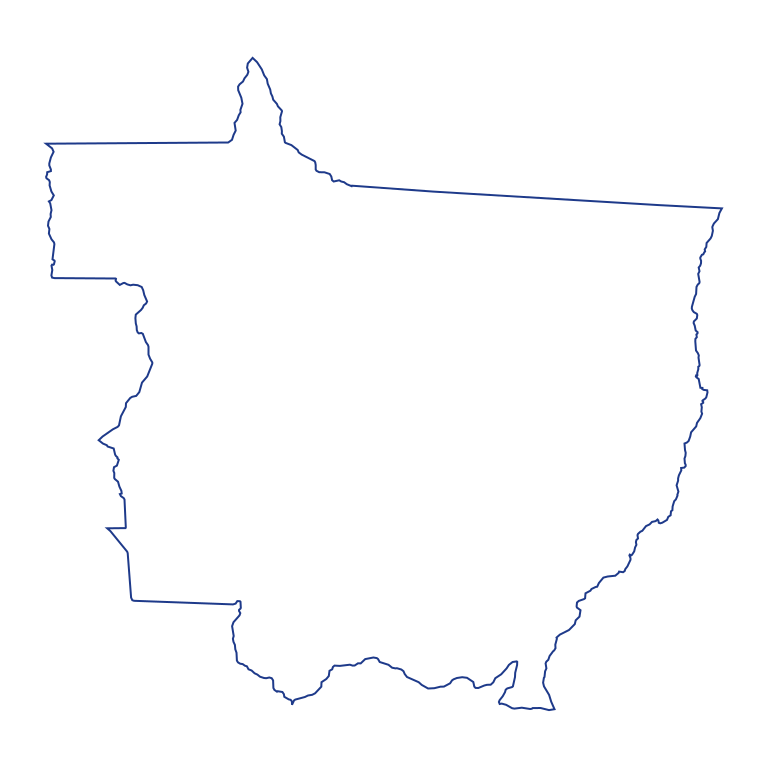 map outline of Mato Grosso (Mercator projection)
{"feature_id": "BRA-602", "entity_name": "Mato Grosso", "entity_type": "State", "adm_level": 1, "iso_a3": "BRA", "parent_name": "Brazil", "parent_adm1": "", "projection": "mercator", "projection_center": [-55.436, -12.685], "detail": "fine", "context": "isolated", "style": "outline", "palette": "blue", "viewbox_px": 768, "rotation_deg": 0, "n_neighbors": 0, "source": "natural_earth", "source_scale": "10m", "svg_char_len": 6064}
<svg xmlns="http://www.w3.org/2000/svg" viewBox="0 0 768 768"><path d="M233.0,604.4L134.1,600.8L132.3,600.2L131.1,597.6L127.7,553.2L127.2,551.7L110.4,531.1L107.2,528.3L125.5,528.1L125.8,527.3L124.5,499.5L123.7,498.1L120.9,496.1L119.9,494.1L121.7,493.5L121.4,490.9L119.4,486.6L118.0,481.7L114.8,479.0L114.2,477.9L114.3,473.0L113.4,470.8L114.0,467.2L116.9,465.6L118.8,459.8L117.4,458.4L117.5,457.4L115.8,455.8L115.1,454.5L113.7,448.5L107.6,446.5L106.8,445.2L103.0,443.6L98.7,440.2L102.6,436.5L112.9,429.3L117.6,426.9L119.0,425.4L120.9,416.3L125.8,407.0L126.0,403.2L130.2,398.0L132.1,396.8L136.2,395.9L139.3,392.1L142.0,382.6L147.2,376.5L152.3,363.7L152.3,362.4L150.1,358.7L148.5,354.6L148.5,346.8L148.0,345.1L145.9,342.1L142.8,333.8L141.3,333.0L138.9,333.4L137.7,332.4L136.8,330.1L136.6,326.4L135.8,323.4L135.4,318.1L135.8,314.6L141.0,310.0L142.7,307.8L143.8,305.3L146.1,303.5L147.1,301.5L144.3,295.0L143.2,290.3L141.7,287.0L137.7,285.2L133.1,284.7L130.5,285.3L127.3,284.4L124.6,282.9L123.4,283.0L119.8,284.9L116.1,281.5L115.6,280.7L116.0,278.8L115.6,278.5L54.5,278.1L52.1,277.6L51.4,275.4L52.3,270.0L51.5,265.6L52.1,264.6L53.4,264.8L53.9,264.4L54.7,261.3L54.5,260.6L52.5,259.3L54.4,244.1L54.0,242.4L51.5,239.3L48.9,233.6L49.4,229.0L48.0,225.7L48.5,221.5L50.8,217.0L50.6,214.0L51.5,210.2L50.2,203.3L48.9,201.4L51.4,200.1L53.8,195.4L51.4,191.5L49.6,185.4L49.8,182.1L49.4,180.9L49.0,180.1L46.5,178.3L46.1,176.9L47.1,174.4L47.2,172.2L50.9,171.1L50.9,169.5L49.3,165.4L49.3,163.4L50.9,157.4L53.6,151.8L52.1,148.4L46.1,143.7L228.2,142.5L232.0,139.8L233.6,134.8L235.7,130.6L234.5,122.9L237.1,119.9L238.8,115.2L240.6,112.3L240.4,109.9L242.5,103.8L241.3,97.7L238.2,90.2L238.1,86.6L239.6,84.3L243.0,81.5L244.5,78.3L247.3,74.8L248.4,71.8L247.1,67.7L247.8,63.5L252.6,57.9L257.1,62.2L261.8,69.4L264.2,75.4L266.9,79.1L267.7,83.7L270.2,89.5L270.9,93.4L272.4,96.5L273.2,99.7L276.9,103.9L277.9,106.3L281.8,110.5L282.0,111.3L280.3,117.2L280.4,121.1L279.6,124.3L281.3,127.1L281.9,131.1L281.8,133.7L283.9,136.7L284.9,142.3L285.6,142.9L291.4,145.1L297.7,150.0L298.7,152.4L301.7,154.6L314.5,161.1L315.2,162.3L315.7,165.0L315.7,169.5L316.5,170.8L319.2,172.2L324.5,172.3L329.7,174.0L331.3,176.5L332.1,180.2L333.7,181.5L339.2,180.3L341.2,181.5L344.1,182.2L346.8,184.2L351.7,186.2L352.0,185.7L433.4,191.6L658.8,205.1L721.9,208.4L719.4,213.0L717.9,219.1L713.9,223.5L712.7,226.0L712.3,227.1L712.9,230.8L711.8,235.9L710.6,238.4L706.6,243.0L706.3,246.9L704.7,249.4L705.1,251.5L704.3,252.2L703.3,254.3L701.9,254.8L700.3,257.5L700.3,258.7L701.1,260.8L701.0,263.3L700.2,265.7L698.7,267.5L699.5,271.2L698.2,273.9L699.6,282.0L699.2,283.3L697.8,284.5L696.5,286.9L696.1,294.0L694.7,296.8L691.9,306.8L691.8,308.6L692.5,310.4L693.8,312.1L696.8,313.8L697.3,315.1L696.8,318.5L693.9,321.4L693.6,323.0L694.7,325.6L695.7,330.5L697.6,332.2L697.5,333.4L696.4,334.5L696.8,337.2L695.4,338.9L695.3,341.4L696.0,350.5L697.9,353.2L698.8,355.4L698.5,357.6L699.6,365.1L699.3,366.0L698.3,366.7L698.3,369.2L697.2,373.1L697.4,375.3L697.1,375.8L696.2,375.4L695.8,376.3L696.4,377.3L698.7,379.0L700.4,387.8L702.4,387.9L702.3,389.1L703.8,389.9L707.2,390.3L707.5,392.4L706.3,397.2L705.4,398.5L702.7,400.4L702.4,400.9L703.2,401.9L703.2,402.8L701.1,404.2L701.8,407.2L701.4,411.6L702.1,413.7L700.3,418.2L697.0,422.9L696.2,426.4L691.1,432.3L690.2,436.6L688.6,441.0L686.8,442.6L684.5,443.5L685.0,450.0L685.7,452.8L685.4,456.0L684.5,458.6L684.9,463.3L685.6,464.6L685.7,466.0L684.3,467.6L681.1,468.0L681.3,470.4L678.9,475.3L678.1,478.4L678.1,480.7L676.6,485.3L678.4,491.6L677.3,494.9L677.5,495.6L675.9,499.4L674.2,501.2L672.6,506.5L672.4,510.2L671.0,511.3L670.6,515.3L668.3,516.8L667.0,519.9L662.3,522.7L660.2,523.3L658.8,522.8L658.3,520.4L657.5,519.5L655.7,521.1L652.0,521.9L649.6,524.4L646.0,526.1L642.3,530.8L640.4,531.7L638.0,533.9L637.5,535.1L638.0,538.5L636.4,540.0L635.9,542.1L636.4,544.8L635.1,547.4L634.2,551.4L632.0,554.8L631.2,555.4L629.8,554.6L629.4,555.4L630.5,558.2L630.5,559.8L627.4,566.4L625.3,569.1L624.7,571.0L623.1,572.2L619.1,571.6L618.6,572.9L615.3,575.7L607.7,576.5L603.4,577.6L598.9,583.0L597.2,586.7L595.6,587.0L591.5,589.0L590.4,590.7L585.5,593.3L585.1,598.3L584.0,599.1L578.8,600.9L577.0,602.5L576.6,606.3L576.9,607.5L580.5,610.2L579.5,616.6L575.7,620.3L574.8,624.1L569.0,630.0L559.9,634.6L556.5,637.6L556.9,638.7L555.3,644.7L555.5,648.2L554.2,650.4L553.0,651.4L549.6,656.0L548.3,659.8L546.3,661.7L545.6,663.4L546.4,668.4L545.1,671.3L544.5,677.0L543.9,677.8L543.1,682.7L544.0,686.4L549.1,694.9L551.2,701.7L554.5,709.2L549.0,710.1L540.6,708.0L532.6,708.1L531.9,708.7L530.2,709.0L521.8,707.7L514.4,708.6L512.1,708.2L506.1,704.8L501.7,703.6L499.7,704.0L498.9,702.0L499.6,700.2L502.7,696.3L505.0,692.2L505.7,689.7L507.3,688.4L512.0,687.1L512.9,686.4L515.0,677.0L515.2,672.8L517.1,665.0L517.2,661.8L516.7,661.4L512.6,662.0L508.9,664.9L506.6,668.4L501.2,674.3L495.3,678.2L493.3,682.3L490.7,684.7L487.0,684.8L484.3,685.5L478.3,688.0L475.5,687.9L474.3,686.6L473.3,682.0L467.0,677.8L462.2,677.2L456.9,678.0L453.6,679.3L452.0,680.4L450.1,683.3L443.9,686.6L440.4,686.7L434.3,688.2L428.1,688.5L421.7,684.9L418.7,682.2L407.0,677.0L404.7,674.0L403.5,671.2L401.3,669.5L396.9,668.2L395.5,668.4L392.1,667.7L388.5,664.8L379.7,662.0L378.0,659.0L376.8,658.1L373.4,657.5L365.2,659.1L360.7,663.4L358.0,663.3L354.7,665.5L352.6,665.6L349.9,664.7L339.8,665.9L334.5,665.6L332.9,667.0L332.2,669.3L329.5,670.8L328.8,676.0L326.3,679.0L321.5,682.2L321.3,686.7L315.1,693.3L312.2,694.8L308.0,695.5L304.9,697.0L295.2,699.6L294.0,700.5L292.0,704.8L291.9,701.4L290.6,699.8L288.8,699.4L284.3,696.8L283.9,694.2L282.4,692.0L277.6,691.2L277.0,691.7L274.4,689.9L273.4,688.0L273.1,680.4L271.7,678.2L269.3,677.5L266.2,678.2L264.0,678.0L260.0,676.7L257.4,674.6L254.6,673.3L251.6,670.5L248.5,669.3L246.9,666.3L244.9,665.7L242.7,664.1L240.2,663.7L238.0,662.4L236.9,660.6L236.5,652.7L235.3,649.3L234.9,644.9L233.5,641.9L232.9,638.8L233.7,636.0L232.1,626.2L233.5,622.2L239.5,615.4L240.3,613.1L239.0,610.9L239.1,609.8L240.5,608.6L240.8,607.8L240.5,601.8L239.9,601.2L237.3,601.1L235.6,603.6L233.0,604.4Z" fill="none" stroke="#1e3a8a" stroke-width="2"/></svg>